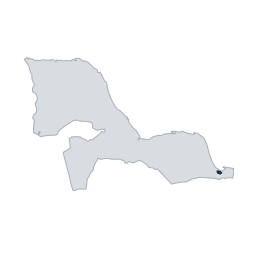 Cidade Da Matola, Maputo, Mozambique shown in context, rotated 274°
{"feature_id": "85939544B308430160587", "entity_name": "Cidade Da Matola", "entity_type": "district", "adm_level": 2, "iso_a3": "MOZ", "parent_name": "Mozambique", "parent_adm1": "Maputo", "projection": "mercator", "projection_center": [32.447, -25.844], "detail": "fine", "context": "in_parent", "style": "filled", "palette": "slate", "viewbox_px": 256, "rotation_deg": 274, "n_neighbors": 0, "source": "geoboundaries", "source_scale": "gbopen_adm2", "svg_char_len": 4151}
<svg xmlns="http://www.w3.org/2000/svg" viewBox="0 0 256 256"><g transform="rotate(274 128 128)"><path d="M75.1,175.1L76.8,173.7L88.6,160.8L89.3,160.3L88.4,158.2L89.9,155.7L90.1,151.8L90.5,151.2L92.3,149.9L94.8,145.9L96.3,142.8L96.5,141.4L94.3,137.2L93.6,134.9L94.3,133.0L94.5,131.2L94.2,130.6L92.9,129.8L92.7,129.0L92.7,128.1L92.9,127.5L94.6,126.7L95.0,126.2L96.3,121.4L95.9,117.8L95.8,113.6L96.2,109.3L96.0,106.9L95.0,104.1L94.9,102.1L95.6,100.7L95.8,99.9L93.2,99.4L91.9,98.3L87.0,96.4L83.2,96.2L80.1,93.4L77.6,92.9L74.4,90.9L64.5,90.5L64.1,90.3L63.8,84.2L63.4,82.2L62.2,80.0L61.8,78.5L61.9,77.5L67.4,75.3L78.2,72.2L80.6,71.2L98.9,65.0L99.4,65.4L101.3,68.5L104.3,72.1L105.1,71.6L109.5,71.0L110.1,70.6L111.5,70.2L113.0,70.1L113.5,70.3L115.2,72.5L115.7,76.7L115.8,79.5L115.6,81.5L114.3,83.8L113.3,86.8L111.9,88.4L112.0,89.1L113.6,90.9L113.9,91.6L113.8,93.2L114.1,93.8L115.5,94.7L116.5,96.2L120.5,100.5L121.5,101.2L122.3,101.4L122.7,102.3L122.5,103.3L121.9,103.8L122.1,104.6L122.9,105.3L124.7,105.1L125.0,104.9L124.8,101.1L124.2,98.9L123.4,97.9L125.0,93.8L125.8,92.7L128.8,92.2L130.2,91.8L130.7,91.4L131.2,90.1L131.6,86.5L131.7,83.1L131.4,81.1L131.8,78.1L132.5,76.3L132.1,75.9L131.9,73.4L124.4,63.5L120.2,59.0L119.5,58.6L117.1,58.2L115.9,56.6L114.9,47.7L113.3,41.3L115.8,37.1L116.6,34.4L117.1,34.0L119.2,33.8L126.5,33.9L128.4,34.2L129.2,33.9L131.1,32.3L132.7,32.3L134.8,33.3L136.0,34.2L136.2,35.0L137.6,35.5L140.3,35.6L142.2,35.2L143.4,34.3L144.7,33.8L146.0,33.7L147.0,34.0L147.7,34.7L149.0,35.2L150.9,35.5L153.0,35.1L155.3,33.9L156.6,32.6L157.3,30.5L157.7,30.2L160.9,30.0L162.6,30.5L164.8,31.8L168.6,29.4L171.0,28.6L173.3,28.6L175.2,28.1L176.7,26.9L178.2,26.2L181.4,25.4L183.5,24.2L189.4,19.7L190.1,21.0L191.3,22.2L189.7,23.5L191.1,24.4L190.1,25.6L189.9,26.5L190.4,27.3L189.8,28.8L188.9,29.9L188.7,30.7L189.4,32.2L189.0,34.9L190.3,39.3L189.9,40.7L190.2,44.2L189.7,45.5L190.5,45.9L190.9,47.3L190.5,49.7L189.2,50.8L189.1,51.8L190.7,51.8L190.7,54.8L190.5,55.7L190.9,56.8L190.4,57.9L191.0,62.8L191.1,66.4L191.1,67.0L192.6,67.6L192.5,68.5L191.6,69.8L191.7,71.7L192.7,70.2L193.3,70.2L193.8,70.8L193.9,73.0L194.2,74.0L194.0,75.0L192.4,76.8L192.3,78.5L191.6,78.7L191.3,79.2L191.8,80.2L191.8,81.0L190.6,83.8L185.0,90.3L184.9,91.5L183.4,93.5L181.9,93.9L181.0,94.4L181.7,96.3L174.2,100.9L173.4,101.5L172.2,103.2L169.7,104.1L167.1,104.3L166.6,104.6L160.5,106.8L159.3,107.8L156.7,108.7L152.6,111.0L149.3,113.3L145.5,116.6L145.0,118.4L143.2,120.7L140.5,123.5L138.9,125.8L138.8,126.8L137.9,127.1L137.1,126.1L136.7,128.0L136.1,128.1L135.4,127.7L132.0,129.7L129.5,132.0L125.9,136.3L120.7,140.5L119.5,140.6L117.9,139.2L117.0,139.1L118.3,140.7L118.2,144.2L117.6,148.4L117.7,149.3L121.1,153.7L122.8,158.9L122.9,161.6L124.7,165.0L125.4,170.2L125.3,175.1L126.1,175.8L126.4,175.1L126.6,172.1L127.0,171.3L127.5,171.4L127.9,173.1L128.1,174.8L127.4,178.6L127.6,180.1L128.5,182.7L127.5,185.7L126.0,194.0L126.3,194.6L127.1,194.8L127.4,193.9L127.8,193.9L128.1,194.4L127.4,197.7L126.8,199.1L124.5,202.7L123.3,204.2L121.2,205.7L116.4,208.0L106.8,211.4L100.7,214.1L95.9,217.2L93.8,219.4L93.0,221.8L91.3,224.4L92.7,226.5L94.5,228.0L95.4,225.5L95.9,225.5L95.0,236.1L88.4,236.3L86.4,235.9L85.4,236.0L85.3,231.5L84.5,228.2L84.8,225.8L84.7,224.6L83.3,223.7L83.0,221.2L83.8,219.2L83.8,203.1L81.5,195.3L78.3,189.8L78.1,187.0L76.7,180.8L75.1,175.1ZM117.4,40.7L118.2,40.3L118.3,39.6L117.8,39.3L117.3,39.3L117.1,40.5L117.4,40.7ZM116.9,39.4L116.2,38.9L115.8,39.0L115.6,39.5L116.1,40.1L116.6,40.1L116.9,39.4Z" fill="#d9dde1" stroke="#a8b0b8" stroke-width="1"/><path d="M89.8,224.2L89.9,223.9L90.0,223.9L90.2,223.7L90.3,223.5L90.3,223.4L90.5,223.3L90.6,223.2L90.8,223.1L90.9,222.8L90.9,222.6L91.0,222.4L91.0,222.0L91.0,221.7L91.1,221.4L91.2,221.2L91.3,221.0L91.2,220.9L91.1,220.6L90.9,220.4L91.0,220.2L90.7,220.2L90.4,220.1L90.2,220.2L90.1,220.4L90.0,220.5L89.9,220.6L89.9,220.8L89.7,220.9L89.6,221.0L89.3,221.0L89.3,221.3L89.2,221.4L89.2,221.5L89.1,221.8L89.0,222.0L89.1,222.3L89.1,222.5L88.9,222.8L89.0,222.8L89.2,223.0L89.3,223.1L89.3,223.3L89.4,223.5L89.5,223.5L89.4,223.6L89.4,223.8L89.4,224.0L89.5,224.0L89.8,224.2L89.8,224.2Z" fill="#64748b" stroke="#1e293b" stroke-width="1.5"/></g></svg>